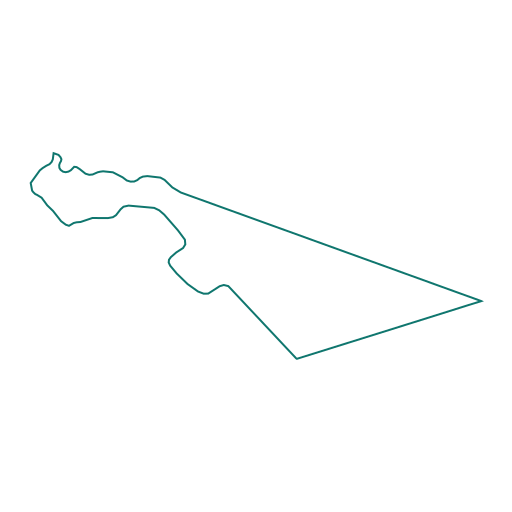 outline of Zarqa
{"feature_id": "JOR-860", "entity_name": "Zarqa", "entity_type": "Province", "adm_level": 1, "iso_a3": "JOR", "parent_name": "Jordan", "parent_adm1": "", "projection": "natural_earth1", "projection_center": [36.356, 31.849], "detail": "fine", "context": "isolated", "style": "outline", "palette": "teal", "viewbox_px": 512, "rotation_deg": 0, "n_neighbors": 0, "source": "natural_earth", "source_scale": "10m", "svg_char_len": 1178}
<svg xmlns="http://www.w3.org/2000/svg" viewBox="0 0 512 512"><path d="M481.3,301.1L467.1,305.5L407.3,324.3L347.5,343.0L296.9,358.8L296.1,358.3L228.3,286.1L223.8,285.0L219.7,286.2L208.2,293.6L203.7,293.7L198.0,291.5L187.5,284.0L176.7,273.5L170.2,265.7L168.7,262.5L169.0,259.7L170.9,257.1L176.3,252.4L183.1,248.0L185.3,244.4L184.9,239.7L177.9,230.3L164.2,214.6L159.2,210.3L154.2,207.9L128.6,205.6L123.5,206.7L120.6,209.3L116.0,215.2L112.9,217.2L107.9,218.1L92.4,218.0L80.5,222.0L76.6,222.3L73.7,223.0L69.0,225.8L65.8,224.7L61.1,221.2L53.0,210.9L47.2,205.3L41.6,197.7L36.9,194.8L35.3,194.1L33.3,192.2L32.1,190.6L30.7,183.0L39.8,170.4L42.6,168.1L46.4,165.7L49.5,164.2L51.6,162.0L52.8,159.4L53.6,153.2L58.5,154.9L60.5,157.2L61.4,159.2L61.0,161.1L59.9,163.0L59.2,165.1L59.4,167.9L60.6,169.9L63.1,171.7L65.7,172.2L68.5,171.6L70.9,170.2L74.2,166.8L76.6,167.1L79.7,169.1L85.5,173.7L89.2,174.8L92.6,174.5L97.6,172.3L100.1,171.7L103.1,171.3L112.9,172.3L122.6,177.3L126.8,180.5L130.5,181.6L134.2,181.5L137.3,180.1L139.8,178.0L142.9,176.6L147.4,176.1L160.4,177.6L164.6,179.9L172.3,187.4L180.8,192.5L480.8,300.9L481.1,301.0L481.3,301.1Z" fill="none" stroke="#0f766e" stroke-width="2"/></svg>